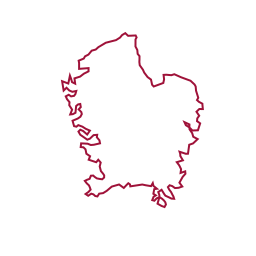 the district of Tuparendi, Rio Grande do Sul, Brazil, rotated 223°
{"feature_id": "56859067B53312005117926", "entity_name": "Tuparendi", "entity_type": "district", "adm_level": 2, "iso_a3": "BRA", "parent_name": "Brazil", "parent_adm1": "Rio Grande do Sul", "projection": "mercator", "projection_center": [-54.564, -27.693], "detail": "fine", "context": "isolated", "style": "outline", "palette": "rose", "viewbox_px": 256, "rotation_deg": 223, "n_neighbors": 0, "source": "geoboundaries", "source_scale": "gbopen_adm2", "svg_char_len": 2732}
<svg xmlns="http://www.w3.org/2000/svg" viewBox="0 0 256 256"><g transform="rotate(223 128 128)"><path d="M53.1,123.1L54.7,129.6L54.8,133.7L56.6,135.3L58.9,131.0L61.1,134.1L65.0,135.6L69.0,136.3L65.8,141.8L70.6,143.2L72.3,144.8L74.1,145.8L68.1,148.6L66.6,150.1L71.8,157.5L69.9,161.1L69.5,167.4L74.3,166.1L77.5,168.0L82.1,169.0L83.5,170.3L79.2,170.1L75.3,174.0L78.4,180.6L82.2,180.1L83.9,182.3L84.3,185.5L89.0,186.6L88.8,190.5L86.2,192.9L87.9,194.4L90.2,196.5L94.0,195.5L96.6,195.5L97.2,198.0L103.7,201.7L106.8,204.5L109.0,205.2L114.5,205.2L123.8,201.3L130.8,198.9L132.3,196.2L136.4,193.0L138.2,191.1L134.8,188.2L132.9,185.0L137.5,175.9L139.9,176.1L144.2,179.1L148.4,178.6L154.0,179.6L156.8,180.8L162.2,181.9L164.7,184.0L166.3,185.9L168.6,188.4L171.5,188.8L174.4,191.4L178.1,192.7L182.9,197.9L183.5,200.1L185.5,200.9L190.8,195.5L194.7,195.5L195.7,191.9L195.5,188.7L196.7,184.1L202.4,175.2L204.8,167.0L205.1,163.4L207.3,159.8L207.0,154.7L208.3,151.1L207.7,148.6L210.0,143.6L208.1,142.2L204.1,137.9L197.7,144.9L195.5,142.5L197.3,137.7L198.1,132.9L201.0,127.8L196.9,124.4L200.2,123.4L203.4,125.3L206.2,126.7L202.0,119.8L208.1,117.3L200.6,111.5L200.4,115.5L196.5,115.4L193.4,116.5L191.1,119.8L189.6,116.9L189.4,114.7L191.2,112.3L194.0,111.9L195.1,108.7L192.2,107.5L188.4,107.0L186.5,104.6L181.4,103.3L179.5,98.5L177.8,100.5L176.8,103.3L180.9,108.7L180.6,111.2L179.3,113.0L176.8,111.1L176.8,108.0L173.0,107.8L171.3,106.7L170.5,103.8L171.2,100.6L173.5,95.5L168.7,92.6L166.6,93.8L166.3,96.2L162.2,97.9L158.3,98.6L154.1,100.1L153.4,95.4L158.8,95.2L161.7,94.2L161.8,91.6L158.3,90.5L149.8,91.7L148.6,94.2L148.3,99.3L145.9,102.0L144.5,100.0L140.5,99.5L138.0,97.7L141.6,92.4L143.6,90.2L146.8,89.0L151.8,84.8L149.6,81.8L147.4,83.5L144.5,83.4L140.9,80.8L136.5,81.5L135.1,78.0L127.9,81.3L128.1,84.5L124.4,84.1L122.5,80.6L118.4,78.0L115.1,77.6L113.1,77.1L111.7,75.5L111.9,72.9L114.0,71.4L116.4,69.9L119.1,69.5L121.0,69.5L122.6,67.8L121.4,64.6L122.7,62.1L123.5,59.9L120.4,59.4L117.4,59.4L115.3,58.5L113.3,57.4L113.3,54.2L114.0,50.8L110.9,51.3L110.1,54.9L108.0,55.9L105.6,55.9L103.7,57.1L104.3,60.3L101.8,63.4L100.7,67.5L99.9,74.1L96.0,80.6L90.2,81.3L90.2,84.9L90.1,87.8L88.1,88.1L86.5,86.9L79.0,96.4L76.0,98.2L71.5,101.2L72.3,104.6L69.9,103.0L65.4,103.3L67.1,101.2L64.6,97.2L61.7,97.7L62.4,95.2L61.1,91.8L59.1,92.8L59.1,96.0L57.9,98.9L59.4,100.4L62.2,101.8L61.3,105.7L56.5,104.4L54.5,104.0L50.8,105.2L48.1,106.0L46.0,107.7L48.1,108.9L50.0,109.5L52.7,110.5L56.0,111.1L58.5,112.0L58.5,114.5L56.0,115.7L52.7,116.1L50.2,118.8L48.4,122.2L53.1,123.1ZM83.5,170.3L87.6,169.5L90.7,170.8L85.5,172.5L83.5,170.3ZM57.9,98.9L54.8,92.8L50.2,93.9L47.4,95.1L48.1,97.9L50.0,99.1L52.2,99.5L54.8,99.5L57.9,98.9Z" fill="none" stroke="#9f1239" stroke-width="2"/></g></svg>